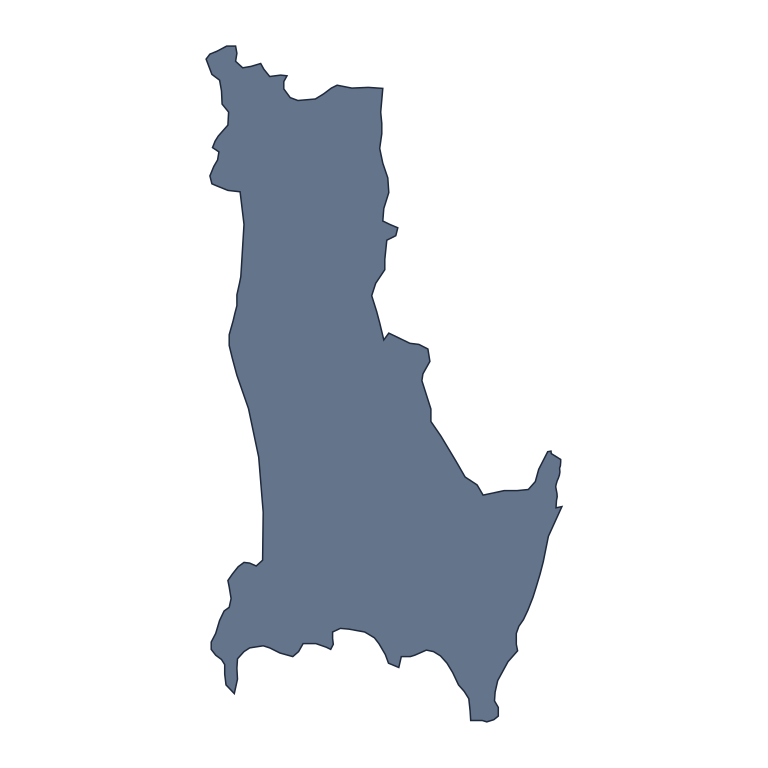 Barat Daya, Pulau Pinang, Malaysia
{"feature_id": "92858781B94521596565323", "entity_name": "Barat Daya", "entity_type": "district", "adm_level": 2, "iso_a3": "MYS", "parent_name": "Malaysia", "parent_adm1": "Pulau Pinang", "projection": "robinson", "projection_center": [100.233, 5.367], "detail": "fine", "context": "isolated", "style": "filled", "palette": "slate", "viewbox_px": 768, "rotation_deg": 0, "n_neighbors": 0, "source": "geoboundaries", "source_scale": "gbopen_adm2", "svg_char_len": 2444}
<svg xmlns="http://www.w3.org/2000/svg" viewBox="0 0 768 768"><path d="M561.9,506.6L556.0,507.8L556.5,500.4L557.2,496.8L557.0,493.7L555.7,486.7L556.2,484.2L557.2,480.8L558.4,478.1L559.4,475.1L559.9,472.0L559.6,468.1L560.4,465.8L560.7,462.0L560.7,459.5L551.3,453.6L551.0,451.1L547.7,451.7L538.7,469.3L535.3,481.6L528.3,489.5L517.2,490.6L504.2,490.6L483.1,495.1L477.1,484.9L465.1,477.0L456.0,461.2L441.0,436.2L430.9,421.5L430.9,409.0L421.9,380.7L422.9,373.9L429.9,361.4L427.9,349.0L418.9,344.4L409.9,343.3L388.8,333.1L383.8,339.9L379.7,322.9L376.7,311.6L371.7,295.7L375.7,283.3L384.8,269.7L384.8,259.5L386.8,240.2L395.8,235.7L397.8,227.8L389.8,224.4L382.8,221.0L383.8,208.5L388.8,192.6L387.8,177.9L382.8,163.2L379.7,148.4L381.8,133.7L381.8,123.5L380.7,112.2L382.8,88.4L368.6,87.4L367.8,87.4L351.9,88.1L337.1,85.2L331.3,88.1L323.6,93.9L315.3,99.0L297.9,100.5L290.2,97.6L283.8,88.9L283.8,81.6L287.0,75.8L280.6,75.1L269.7,76.5L263.9,69.3L260.7,63.5L251.0,66.4L242.7,67.8L235.6,61.3L236.9,53.3L235.6,46.1L226.6,46.1L217.0,51.2L209.9,54.1L206.1,59.1L211.9,74.4L219.6,80.2L221.5,91.0L222.1,104.1L228.6,112.1L227.9,125.1L218.3,136.0L215.1,141.1L212.5,147.6L218.9,151.9L217.6,159.9L213.8,166.4L209.9,175.9L211.9,183.8L217.0,186.0L227.9,190.4L240.1,191.8L244.0,224.4L241.4,267.2L240.8,276.7L239.5,283.2L236.9,294.8L236.9,305.7L235.0,312.9L233.1,320.9L229.2,334.7L229.2,345.5L232.4,358.6L236.9,375.3L248.5,408.6L258.7,457.2L263.2,512.3L262.6,560.2L256.2,566.0L249.7,563.1L244.0,562.4L238.2,566.7L232.4,574.0L227.9,580.5L229.2,587.0L231.1,598.6L229.2,607.3L224.1,611.0L219.6,620.4L215.7,633.4L211.2,642.1L211.2,649.4L215.7,655.2L221.5,659.5L224.7,664.6L224.7,674.1L226.0,684.9L234.3,693.6L237.5,679.1L236.9,668.2L237.5,658.8L244.0,651.6L249.7,647.9L263.2,645.8L269.7,647.9L279.9,653.0L292.8,656.6L298.6,651.6L303.1,643.6L315.9,643.6L326.2,647.2L330.7,649.4L333.3,644.3L332.6,638.5L332.6,632.0L340.3,628.4L348.7,629.1L364.7,632.0L374.4,637.8L378.9,643.6L385.3,654.5L388.5,663.2L398.8,667.5L401.3,656.6L410.3,656.6L414.8,655.2L426.4,650.1L433.5,651.6L440.5,655.9L447.0,663.2L452.7,672.6L458.5,684.9L464.3,691.5L468.8,698.7L470.1,711.0L470.7,720.5L482.3,720.5L486.8,721.9L493.8,719.7L498.3,716.1L498.3,707.4L494.5,700.9L495.1,692.2L497.7,680.6L508.0,661.7L517.6,650.8L516.3,644.3L516.3,633.4L518.9,626.2L523.4,619.7L527.9,610.2L533.0,597.2L536.2,587.0L540.1,574.0L543.3,561.6L548.4,536.3L561.9,506.6Z" fill="#64748b" stroke="#1e293b" stroke-width="1.5"/></svg>